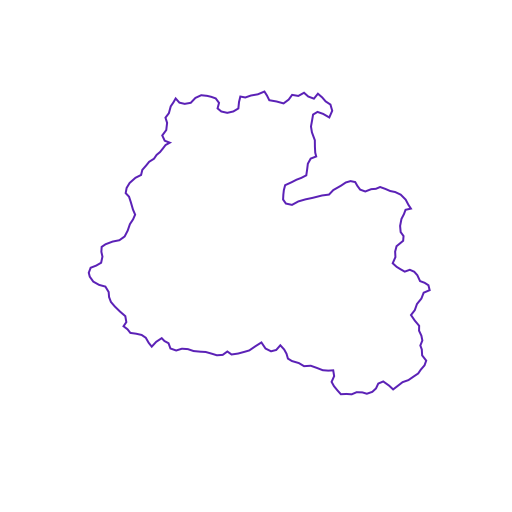 Fervedouro, Minas Gerais, Brazil (Robinson projection), rotated 247°
{"feature_id": "56859067B78498783897828", "entity_name": "Fervedouro", "entity_type": "district", "adm_level": 2, "iso_a3": "BRA", "parent_name": "Brazil", "parent_adm1": "Minas Gerais", "projection": "robinson", "projection_center": [-42.344, -20.674], "detail": "fine", "context": "isolated", "style": "outline", "palette": "violet", "viewbox_px": 512, "rotation_deg": 247, "n_neighbors": 0, "source": "geoboundaries", "source_scale": "gbopen_adm2", "svg_char_len": 2996}
<svg xmlns="http://www.w3.org/2000/svg" viewBox="0 0 512 512"><g transform="rotate(247 256 256)"><path d="M93.2,371.8L99.6,370.1L105.2,372.1L109.4,372.3L113.2,376.1L118.0,377.1L123.5,376.9L128.0,378.9L134.6,376.9L141.1,375.6L144.1,381.0L148.9,385.4L152.2,391.6L156.7,396.0L156.7,402.5L161.7,403.3L165.5,400.7L168.8,397.2L175.3,397.0L179.7,395.5L183.2,392.2L183.5,386.8L187.3,383.9L191.1,381.2L195.9,379.0L200.5,383.9L205.7,385.8L210.1,389.2L212.5,397.4L216.7,399.6L221.5,398.5L227.4,400.4L233.3,404.4L236.8,408.6L240.1,411.7L239.1,417.1L243.5,416.3L249.4,415.8L255.9,413.2L260.5,409.1L263.4,404.9L267.2,401.3L271.0,397.2L271.0,392.6L272.5,388.2L272.7,381.8L276.4,377.8L281.0,376.7L285.3,376.2L288.0,372.3L288.6,367.4L287.5,361.6L286.5,352.9L284.0,347.2L285.9,340.5L287.4,330.8L288.8,323.7L289.7,316.3L289.0,309.1L292.6,304.0L297.4,303.0L301.9,305.2L305.8,307.4L309.8,310.5L310.0,317.8L310.4,323.1L310.2,328.2L310.6,333.8L315.7,336.9L320.7,339.8L324.3,344.4L324.1,350.3L328.0,350.9L333.5,352.9L339.6,355.4L344.0,355.6L348.0,355.8L353.7,357.2L358.9,360.6L363.9,363.8L364.6,368.9L360.6,373.3L354.9,377.6L359.9,382.9L366.3,383.7L371.1,380.5L376.1,378.9L381.2,376.4L378.2,370.8L382.4,366.4L387.5,364.0L386.8,357.5L390.2,352.2L387.2,347.2L385.7,341.0L390.2,335.3L394.2,329.1L399.4,328.8L404.1,328.0L404.1,320.9L405.7,314.1L406.1,308.1L408.9,303.9L404.5,300.6L398.7,297.4L397.9,291.6L399.0,285.5L402.6,280.5L406.9,278.3L411.4,281.8L416.8,280.5L420.0,277.0L422.5,273.6L425.4,268.4L425.2,262.0L422.5,255.8L423.9,249.8L427.1,245.4L432.4,243.6L429.6,239.9L427.1,236.0L421.5,231.6L418.7,226.7L413.3,226.2L407.0,222.6L403.6,216.8L397.8,217.0L394.0,220.9L393.5,216.1L391.4,212.4L389.2,208.3L387.9,204.0L385.4,200.1L384.5,194.5L382.2,190.2L379.7,185.0L375.5,181.9L375.1,175.6L372.6,168.2L369.2,163.5L364.8,160.6L360.2,162.3L354.4,161.8L346.9,160.9L341.3,160.9L337.8,157.2L334.6,152.4L329.5,147.8L325.3,142.7L323.9,136.4L325.3,129.7L325.6,122.1L324.7,117.5L320.3,115.3L315.4,114.4L310.3,110.8L309.6,105.1L309.8,99.2L305.9,95.5L301.9,94.9L296.0,96.2L290.7,100.3L286.7,105.4L280.4,106.3L275.6,104.7L270.4,104.5L264.7,106.3L258.0,109.1L251.7,112.2L245.8,110.8L243.1,106.6L238.7,109.1L234.3,110.3L231.3,115.3L228.0,119.9L223.8,122.6L218.0,123.3L213.3,124.6L216.0,130.6L217.2,137.1L213.5,138.5L209.9,141.4L204.3,141.1L200.2,145.6L199.6,151.6L196.9,156.9L192.9,161.4L189.5,167.7L187.3,172.2L183.2,177.3L179.9,181.2L178.0,186.7L179.3,192.3L174.9,195.0L173.2,201.4L172.3,207.9L171.7,212.9L173.2,220.4L174.3,227.2L167.1,228.6L162.4,232.6L161.6,237.9L164.3,243.5L158.9,245.4L154.1,245.9L149.1,245.3L145.3,248.0L140.7,253.6L135.8,257.2L133.6,263.5L129.1,268.4L124.8,272.8L122.2,277.8L120.6,282.4L114.9,281.0L110.6,276.4L105.8,276.9L100.6,278.4L95.6,280.1L93.7,285.3L91.3,290.0L91.3,295.4L88.9,300.6L85.9,304.2L85.5,310.0L87.2,314.7L90.8,318.7L90.8,324.1L84.6,327.9L79.6,330.1L81.1,335.9L82.6,341.6L82.2,347.8L83.4,353.7L84.5,359.4L87.0,363.3L89.5,368.4L93.2,371.8Z" fill="none" stroke="#5b21b6" stroke-width="2"/></g></svg>